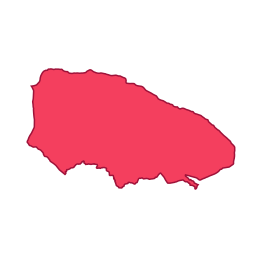 the district of Villarrica, Tolima, Colombia, rotated 260°
{"feature_id": "7082276B66227152382506", "entity_name": "Villarrica", "entity_type": "district", "adm_level": 2, "iso_a3": "COL", "parent_name": "Colombia", "parent_adm1": "Tolima", "projection": "albers", "projection_center": [-74.639, 3.846], "detail": "fine", "context": "isolated", "style": "filled", "palette": "rose", "viewbox_px": 256, "rotation_deg": 260, "n_neighbors": 0, "source": "geoboundaries", "source_scale": "gbopen_adm2", "svg_char_len": 5675}
<svg xmlns="http://www.w3.org/2000/svg" viewBox="0 0 256 256"><g transform="rotate(260 128 128)"><path d="M186.0,40.1L184.9,40.6L182.3,41.3L181.8,41.5L180.8,41.5L175.0,40.2L173.0,39.7L170.4,38.7L168.0,38.6L165.2,38.3L163.6,38.4L162.5,38.1L159.0,37.7L155.4,37.4L152.4,37.3L145.7,36.0L145.0,35.8L144.5,35.5L139.9,32.2L137.5,30.0L135.6,28.6L133.3,27.3L133.0,26.9L132.1,26.4L131.6,26.3L131.1,26.4L130.1,27.1L128.6,27.6L127.9,28.0L127.5,29.0L125.7,31.3L125.6,31.7L125.5,33.5L125.2,34.4L124.5,35.0L123.8,35.3L122.8,36.0L121.7,37.8L121.2,38.3L118.5,40.0L117.8,40.2L116.8,40.2L115.8,40.5L115.1,40.7L114.8,40.9L114.4,41.3L114.1,42.4L113.8,43.0L113.3,43.5L112.5,44.1L111.5,44.5L110.4,45.2L109.0,45.6L108.5,45.9L106.0,48.5L103.7,50.5L98.7,53.2L93.2,57.9L93.3,58.1L94.3,59.0L94.5,59.1L94.8,59.0L95.3,58.7L95.8,58.7L96.0,59.0L96.1,59.9L96.6,60.2L97.6,60.5L97.5,61.2L97.5,61.9L97.9,63.7L98.3,64.1L98.4,64.4L98.6,65.5L98.4,66.8L98.6,67.1L98.7,67.9L99.4,68.4L99.7,68.9L100.0,69.1L100.2,69.6L100.8,70.0L101.1,71.0L101.3,71.3L101.3,71.6L101.3,72.5L101.0,72.9L100.9,74.8L101.1,75.0L101.6,75.6L101.8,76.2L102.0,76.5L102.7,76.8L102.8,77.0L102.8,77.4L103.2,78.2L103.2,78.4L102.8,78.9L102.6,79.0L101.7,78.6L101.1,78.7L100.8,79.0L100.5,79.5L100.1,79.8L99.5,79.9L99.4,80.1L99.5,81.3L99.3,81.8L99.5,82.7L99.5,82.9L99.2,83.3L98.9,84.6L98.6,85.1L98.6,86.9L98.7,87.8L98.3,88.1L98.3,88.4L98.5,88.6L98.5,88.8L98.2,88.9L98.1,89.1L98.0,89.7L97.6,90.3L97.5,91.2L97.4,91.3L96.0,91.4L95.7,91.2L95.1,90.4L94.7,90.1L94.1,90.1L93.9,90.3L93.6,91.3L93.6,91.8L93.7,92.2L93.6,92.7L93.1,93.6L93.1,93.9L93.3,94.4L93.5,95.6L93.3,95.8L93.4,96.5L93.3,97.1L93.3,97.4L93.2,97.8L92.3,99.5L91.7,99.8L90.8,99.4L90.3,99.4L89.9,99.4L89.6,99.6L89.3,100.0L88.3,101.4L87.9,101.6L87.3,101.8L87.0,101.8L86.4,101.7L86.2,101.6L85.5,101.6L84.9,101.5L84.7,101.6L84.4,101.9L84.1,104.4L83.9,104.9L83.7,105.2L81.8,105.3L81.0,105.7L80.7,105.5L80.7,105.2L80.4,105.2L80.3,105.4L80.0,105.6L79.2,105.7L78.8,106.3L78.6,106.3L78.0,105.9L77.4,105.9L77.2,105.9L77.0,106.2L76.7,106.3L76.1,106.2L75.2,106.3L74.3,106.5L73.6,106.5L73.3,106.7L72.8,107.2L72.4,107.4L71.8,108.4L70.9,108.6L70.7,108.7L70.6,109.0L70.6,109.3L70.3,110.2L70.3,110.7L70.1,110.9L70.2,111.7L70.5,112.1L71.0,112.2L71.3,113.8L72.9,114.6L73.1,114.9L73.3,115.7L73.4,116.7L73.3,117.0L73.4,118.2L73.7,118.5L74.1,118.6L74.3,118.8L74.2,120.0L73.6,121.1L73.5,121.8L72.9,123.1L72.4,123.6L71.7,124.6L71.7,125.3L72.6,126.4L72.7,126.7L72.8,127.5L76.0,129.5L76.3,129.8L76.5,130.3L76.5,130.9L76.3,131.3L76.4,133.1L76.3,133.4L75.3,134.3L75.2,134.7L75.1,137.6L74.8,138.2L74.7,138.9L74.4,139.4L74.0,139.7L73.8,140.1L73.8,142.0L73.7,142.9L73.7,145.1L73.9,145.7L74.7,146.4L74.6,147.7L74.8,148.1L76.9,150.1L78.0,152.0L77.8,152.4L73.2,155.0L70.1,156.0L67.4,157.2L66.9,157.5L66.7,158.1L66.4,159.9L66.4,162.8L66.4,164.2L66.6,165.4L66.6,166.3L67.2,168.5L67.3,170.1L67.3,172.1L67.3,173.0L67.0,173.5L65.8,174.4L65.2,175.1L64.9,175.9L64.9,176.6L64.7,177.1L63.0,178.4L62.8,179.1L62.5,179.2L61.1,179.2L60.8,179.3L60.8,179.8L60.2,181.6L59.1,183.0L58.8,183.1L58.5,183.6L58.3,183.7L56.8,183.4L56.4,183.5L56.2,183.9L56.3,184.3L56.7,184.8L57.3,185.3L58.7,185.9L59.2,186.3L60.0,187.2L60.6,186.1L61.8,184.7L62.2,183.8L63.7,183.5L64.3,183.1L64.7,182.5L65.1,181.5L66.3,180.8L66.3,180.5L66.1,179.9L66.2,179.6L66.3,179.4L66.5,179.2L67.8,178.8L70.6,176.3L71.0,176.2L71.8,176.5L70.6,179.4L69.3,182.0L67.2,186.5L66.8,187.1L64.7,189.0L64.3,189.7L64.3,190.5L65.0,192.8L65.4,195.1L65.8,196.3L66.0,197.7L66.7,200.2L67.2,202.8L67.7,205.2L68.2,206.8L69.0,208.7L70.0,210.3L71.1,211.5L71.2,211.9L71.2,212.9L71.5,213.5L72.1,214.5L72.0,220.7L72.1,221.1L73.4,223.9L74.0,225.2L74.3,225.5L74.7,225.8L76.2,226.0L77.7,226.5L79.8,227.4L81.8,228.0L83.4,228.3L84.6,228.4L85.3,228.5L87.2,229.2L90.4,229.7L91.1,229.6L92.5,228.9L95.1,227.0L96.1,226.8L97.4,226.3L99.4,224.7L101.2,223.4L104.0,221.0L107.8,218.3L109.1,217.6L109.6,217.2L110.1,216.8L110.6,216.0L112.6,214.4L113.2,213.8L113.8,213.5L115.6,212.8L115.8,212.6L116.4,211.4L118.8,209.5L119.5,208.9L120.4,208.4L121.6,208.2L122.2,208.0L123.3,205.9L123.9,205.3L124.7,204.7L126.5,202.9L127.6,202.0L129.9,197.9L130.2,197.0L131.1,195.8L131.8,195.4L132.6,195.0L133.0,194.4L133.1,193.5L134.8,191.1L136.2,188.4L137.3,186.9L137.8,185.9L138.0,185.1L138.0,184.2L137.8,183.2L137.8,182.6L138.1,181.9L138.9,181.0L139.6,180.7L140.3,180.1L140.3,179.0L141.1,177.2L141.8,176.4L142.9,176.0L143.6,175.2L143.8,174.1L145.2,172.5L145.9,170.4L146.9,169.5L148.7,167.4L149.7,165.3L150.4,164.2L151.4,162.9L153.1,162.2L154.6,161.5L156.6,158.8L158.4,156.8L161.5,152.7L162.3,151.9L164.5,150.7L165.5,150.0L166.2,149.2L166.7,148.4L167.1,147.2L167.9,144.8L168.4,143.9L169.0,143.0L170.3,142.1L170.7,141.6L171.1,139.8L171.5,137.3L172.0,135.5L172.4,134.3L173.0,134.0L173.6,134.0L174.2,134.1L174.8,134.3L175.4,134.4L176.6,134.3L177.2,134.1L177.6,133.6L178.0,133.2L178.2,132.6L180.4,129.5L180.7,129.0L180.7,128.1L182.1,125.3L182.4,121.1L182.8,119.8L183.9,117.8L184.7,116.0L185.2,115.3L186.7,111.4L186.9,110.6L186.8,110.0L187.1,108.1L188.0,106.0L188.4,105.5L189.0,104.4L189.8,103.4L191.1,102.2L191.7,101.4L191.9,100.4L191.8,100.0L191.0,97.5L190.6,96.9L190.0,96.1L189.9,94.5L190.0,92.4L190.2,91.6L190.3,89.9L190.9,87.8L191.0,87.2L191.1,85.9L191.5,84.4L191.4,83.0L191.6,81.6L192.0,80.4L192.1,79.8L193.1,78.8L193.5,78.7L194.1,78.0L194.2,77.2L194.8,75.4L195.9,74.0L197.0,73.3L197.3,72.9L197.5,71.3L198.0,69.9L198.2,68.6L198.6,66.9L198.5,65.6L198.6,64.8L199.4,62.9L199.6,61.9L199.6,60.6L199.8,60.1L199.7,59.6L199.3,59.1L198.9,58.8L198.9,58.0L199.1,57.1L198.6,55.1L198.3,54.5L197.7,53.9L196.9,53.0L194.5,51.2L192.6,50.3L190.2,49.6L188.8,48.7L186.3,45.4L185.9,42.6L186.0,40.1Z" fill="#f43f5e" stroke="#9f1239" stroke-width="1.5"/></g></svg>